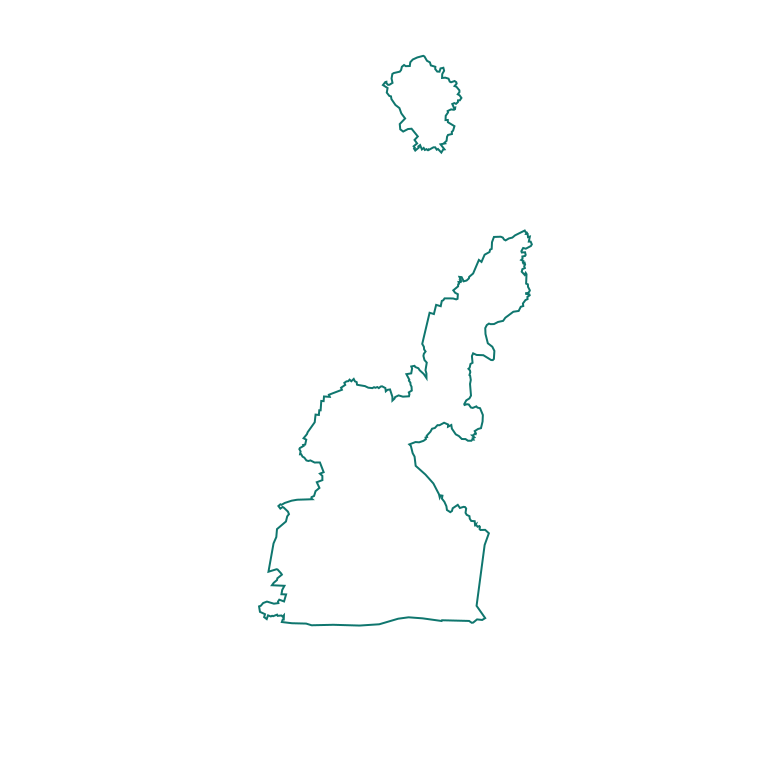 the district of Chiconamel, Veracruz, Mexico, rotated 235°
{"feature_id": "50627088B16194537288305", "entity_name": "Chiconamel", "entity_type": "district", "adm_level": 2, "iso_a3": "MEX", "parent_name": "Mexico", "parent_adm1": "Veracruz", "projection": "mercator", "projection_center": [-98.445, 21.244], "detail": "fine", "context": "isolated", "style": "outline", "palette": "teal", "viewbox_px": 768, "rotation_deg": 235, "n_neighbors": 0, "source": "geoboundaries", "source_scale": "gbopen_adm2", "svg_char_len": 6167}
<svg xmlns="http://www.w3.org/2000/svg" viewBox="0 0 768 768"><g transform="rotate(235 384 384)"><path d="M429.0,587.3L430.6,576.6L430.3,573.1L431.6,569.8L431.9,566.0L433.5,565.2L435.8,565.3L437.7,564.1L441.4,558.4L438.2,553.8L432.9,549.7L433.2,548.0L431.6,546.1L432.2,540.6L428.1,533.9L431.2,532.9L423.4,520.4L422.9,515.2L421.8,514.1L421.4,511.0L422.4,508.2L427.0,508.9L428.5,507.2L424.5,506.3L425.1,505.7L423.7,505.4L423.0,506.0L424.8,503.6L423.1,503.0L423.1,501.9L421.5,500.7L421.0,494.5L417.9,494.6L415.2,496.0L411.6,493.1L411.9,491.7L414.5,489.6L419.4,482.7L418.6,480.6L418.9,479.0L415.2,475.1L418.9,472.1L412.7,465.0L416.2,462.2L394.9,438.3L391.6,438.0L389.3,436.7L386.8,436.7L385.9,434.0L384.4,432.4L380.4,430.9L377.0,431.3L371.5,425.9L368.3,424.8L364.5,422.2L369.4,422.3L374.8,421.1L377.2,421.2L379.9,419.4L381.4,419.4L382.7,416.4L380.6,415.9L377.1,412.4L379.2,408.0L373.0,407.2L372.4,406.3L370.0,406.4L368.2,405.3L366.0,405.0L362.7,403.0L362.9,399.5L361.1,399.0L359.6,397.4L362.8,392.2L366.3,389.4L366.9,385.6L366.0,384.2L365.6,381.4L368.6,383.5L376.1,385.8L377.2,383.5L377.0,381.3L379.9,382.8L383.2,381.1L383.8,379.9L383.6,377.4L385.3,376.8L385.9,374.7L387.1,374.0L387.3,372.1L390.0,369.0L393.2,367.2L398.3,362.0L399.0,361.5L401.2,362.7L402.9,361.7L405.5,362.1L405.0,358.8L407.3,358.3L406.8,356.4L407.7,354.7L407.7,352.2L405.5,351.7L405.6,346.7L403.4,346.2L406.8,332.7L404.6,332.2L408.2,327.7L404.6,324.7L406.1,322.9L398.8,317.0L399.6,315.9L396.0,312.9L398.2,310.4L392.4,305.3L388.3,293.8L387.1,292.1L385.7,287.0L383.0,288.4L379.6,284.7L380.4,282.8L379.4,282.6L379.8,278.3L379.2,277.3L376.6,277.0L374.6,274.9L374.0,275.9L371.2,275.6L369.4,276.5L365.9,276.6L364.3,277.9L363.6,279.9L359.5,282.1L356.5,286.5L346.4,284.0L347.3,280.1L344.1,280.8L340.6,278.4L342.1,272.6L335.9,271.5L335.5,266.5L332.4,262.5L332.9,259.8L332.0,258.9L330.7,259.2L339.0,246.5L341.4,241.4L343.5,234.4L343.8,230.8L344.9,230.1L344.6,227.5L341.4,227.6L341.4,230.4L340.2,231.0L334.6,232.1L331.9,231.5L331.1,228.8L327.6,224.8L326.5,213.1L320.4,208.0L316.8,202.1L296.5,181.7L293.9,189.7L293.1,190.4L287.7,191.1L286.4,191.0L286.0,185.2L284.8,183.9L284.4,179.6L283.4,176.8L275.8,186.7L273.7,182.5L270.6,179.4L267.8,183.1L263.2,177.4L267.4,174.5L266.6,172.4L265.1,171.8L267.2,167.8L272.9,163.3L273.9,159.4L273.0,155.8L273.5,154.1L268.5,151.7L263.7,154.5L261.8,152.1L258.7,153.1L261.0,156.3L258.5,158.0L258.3,159.4L257.4,160.0L256.4,164.1L255.1,163.9L253.2,167.2L251.6,167.5L252.0,169.4L248.6,166.8L249.2,166.0L247.6,163.8L240.9,171.3L232.4,182.8L227.9,186.3L215.8,204.4L200.1,225.5L189.9,242.3L183.6,261.0L178.8,270.3L169.9,281.2L156.8,295.3L157.2,296.0L141.1,317.8L138.1,318.9L137.4,320.2L137.8,325.2L134.4,329.1L134.2,332.6L149.2,332.6L194.4,374.1L201.6,384.3L206.5,383.2L209.1,379.3L210.4,379.1L211.9,380.6L212.9,380.6L213.4,378.8L215.1,378.7L215.7,377.8L216.4,378.9L216.4,377.8L219.6,379.6L221.8,376.9L224.5,377.0L226.7,378.2L229.4,376.7L231.7,376.9L234.9,379.9L236.7,379.8L237.7,378.8L238.9,375.1L242.7,375.1L242.8,369.0L241.0,366.8L241.0,364.8L244.7,363.3L248.1,365.0L252.9,365.9L256.9,365.7L259.0,367.8L260.3,366.5L259.1,364.6L262.2,365.8L274.2,367.4L286.1,366.0L298.8,363.0L307.0,367.4L310.9,367.8L317.9,370.5L320.0,370.1L318.4,376.5L316.1,379.3L314.8,383.7L314.8,386.7L316.3,387.3L315.8,388.9L317.1,389.3L318.3,394.7L319.8,397.7L318.8,400.4L319.6,404.2L318.4,405.8L317.8,411.0L314.0,413.3L312.3,411.9L311.8,415.6L308.5,414.0L301.6,413.9L298.4,415.5L294.3,416.2L292.1,419.2L289.4,420.2L287.4,423.0L287.8,424.4L287.1,425.4L288.7,425.5L288.4,427.4L291.3,426.8L290.7,427.9L291.3,430.0L290.4,430.4L290.7,430.9L293.4,431.3L293.2,435.3L292.2,438.1L296.7,443.2L301.9,447.2L309.1,448.8L311.1,447.0L312.7,446.8L313.5,443.0L314.9,441.7L318.6,441.7L319.9,440.3L320.6,438.0L321.5,438.2L323.4,442.0L323.2,445.7L324.6,448.6L334.7,454.5L337.5,457.4L341.4,459.3L342.3,459.1L344.2,461.5L345.8,462.2L348.0,461.9L348.2,463.5L350.8,466.3L350.6,468.7L356.4,472.0L358.0,474.6L354.7,476.5L350.6,481.9L342.2,485.5L341.2,486.8L341.5,488.4L347.8,493.4L352.4,494.1L357.8,492.4L366.7,495.8L371.7,499.0L373.3,502.0L373.3,504.6L371.9,505.6L370.0,508.5L369.4,513.0L367.4,517.8L368.7,521.4L369.0,531.4L366.6,536.2L368.8,540.3L368.0,542.8L370.3,544.0L371.6,548.0L371.2,550.3L373.1,551.4L373.1,554.2L374.0,554.5L376.3,552.1L376.9,552.5L376.0,554.2L376.3,556.0L377.1,557.2L381.0,557.7L383.1,559.0L384.7,558.0L392.2,563.7L393.8,563.8L392.7,561.8L397.0,561.2L398.7,563.2L398.2,565.9L400.1,566.4L400.9,568.1L402.6,568.7L402.7,567.3L403.8,567.4L404.7,568.7L406.9,567.5L407.1,569.3L409.1,570.5L408.0,573.0L408.5,574.1L411.0,575.1L412.7,572.3L414.0,572.7L415.6,576.0L413.5,577.8L412.8,583.5L413.6,585.2L416.5,585.8L417.6,584.3L421.1,588.0L421.7,586.2L424.5,587.7L425.5,586.4L426.2,587.8L427.4,587.1L429.0,587.3ZM633.6,580.6L631.4,578.1L630.8,576.1L633.1,570.4L633.2,568.7L629.9,565.4L625.8,563.7L626.0,560.1L626.8,558.9L628.9,558.5L630.2,559.3L630.6,558.3L629.5,554.6L624.4,556.7L621.1,553.4L616.9,553.6L615.6,554.7L613.1,553.5L606.0,553.4L601.2,554.9L595.7,553.4L589.4,553.6L587.9,546.0L583.3,543.4L579.8,544.5L579.1,549.9L577.3,553.0L567.4,553.7L566.4,549.0L562.1,549.1L561.7,544.6L559.6,544.7L559.5,543.6L557.3,543.5L557.7,548.1L558.9,548.4L559.0,550.6L554.4,549.6L554.6,551.9L552.3,551.7L552.0,553.5L550.6,553.9L550.6,554.9L550.1,554.8L549.5,560.3L548.5,561.7L545.7,561.6L545.6,563.0L540.7,563.7L542.1,566.9L541.5,568.1L547.9,567.8L546.1,571.9L546.9,571.7L547.3,574.7L550.4,577.5L551.3,579.3L549.8,583.0L551.7,584.2L551.9,585.9L554.8,589.6L561.8,586.5L563.7,587.7L564.9,585.8L568.3,588.4L569.7,592.2L571.1,592.7L570.5,596.4L568.5,598.6L568.4,599.8L569.6,600.9L570.0,599.7L574.2,600.5L573.8,602.7L572.2,603.7L572.5,606.2L573.9,607.3L572.9,608.8L573.9,611.5L577.1,611.5L579.0,610.6L579.8,613.2L581.3,614.2L585.9,613.8L587.6,612.7L588.4,615.8L589.8,616.3L591.7,615.6L592.7,612.0L594.0,611.3L597.1,612.0L599.8,609.9L601.4,607.1L604.5,609.5L606.1,612.9L609.0,614.0L610.1,611.3L608.0,608.6L609.4,606.8L612.6,606.6L614.4,608.0L618.1,605.1L621.1,606.1L624.1,604.6L629.1,605.0L630.3,604.4L632.4,598.6L633.3,593.7L632.5,590.1L629.7,587.5L631.9,584.1L633.8,583.4L633.6,580.6Z" fill="none" stroke="#0f766e" stroke-width="2"/></g></svg>